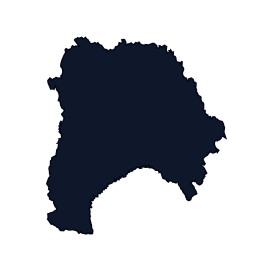 Ihosy, Ihorombe, Madagascar, rotated 350°
{"feature_id": "10022922B7074189327891", "entity_name": "Ihosy", "entity_type": "district", "adm_level": 2, "iso_a3": "MDG", "parent_name": "Madagascar", "parent_adm1": "Ihorombe", "projection": "natural_earth1", "projection_center": [45.83, -22.367], "detail": "fine", "context": "isolated", "style": "filled", "palette": "ink", "viewbox_px": 256, "rotation_deg": 350, "n_neighbors": 0, "source": "geoboundaries", "source_scale": "gbopen_adm2", "svg_char_len": 5792}
<svg xmlns="http://www.w3.org/2000/svg" viewBox="0 0 256 256"><g transform="rotate(350 128 128)"><path d="M162.7,49.9L159.9,48.9L158.3,49.4L156.8,48.9L154.6,47.5L154.1,45.9L153.7,45.4L152.1,46.2L150.5,45.2L148.8,46.5L147.2,46.8L145.9,44.8L144.3,45.4L142.4,45.3L141.6,45.9L140.3,46.0L140.7,43.6L139.9,40.4L137.9,40.0L137.2,40.1L137.6,42.4L136.7,43.4L136.1,43.5L134.2,42.5L132.7,45.6L129.8,46.0L128.6,48.1L125.8,48.8L124.3,47.7L121.4,49.2L120.9,47.4L118.2,46.2L116.2,42.1L114.1,41.0L113.4,39.1L112.7,38.9L112.0,40.3L110.2,38.2L108.3,38.8L106.0,38.5L105.2,37.9L105.1,36.9L104.3,35.8L103.9,34.3L102.5,33.0L101.9,31.5L99.1,32.7L98.6,32.4L98.6,31.2L98.1,30.7L95.5,31.3L94.0,30.4L93.3,31.0L91.2,31.4L90.7,32.2L94.1,39.0L90.5,38.3L89.4,38.9L87.8,37.5L86.5,38.5L86.6,39.3L85.1,40.4L83.9,40.3L82.1,41.0L81.5,39.6L80.7,39.2L79.7,40.1L79.9,41.7L79.5,43.3L77.7,45.3L74.8,49.8L73.0,53.5L72.6,55.8L73.8,58.2L73.6,62.2L73.1,62.5L72.4,64.3L71.0,65.0L70.9,65.9L71.4,66.9L70.6,67.5L68.8,66.8L67.2,66.9L66.6,66.0L65.7,65.8L64.4,66.6L63.4,66.6L62.5,67.3L61.5,67.2L59.9,65.3L57.4,67.3L57.2,69.4L58.7,76.2L60.8,76.3L61.8,77.0L62.6,75.3L63.9,74.0L64.5,78.1L65.7,80.3L66.1,80.5L65.8,80.8L66.1,83.9L65.7,85.7L64.2,88.9L65.8,89.7L65.8,94.4L66.7,97.2L67.5,97.6L67.9,98.5L68.5,98.4L68.4,100.1L66.2,102.1L65.4,102.4L65.1,103.3L66.7,106.2L66.6,108.1L65.6,109.4L65.4,110.9L64.0,110.8L63.1,109.9L61.7,111.5L61.6,112.6L62.3,113.0L62.3,114.0L60.6,114.0L60.7,116.1L60.0,117.0L60.7,117.1L60.3,118.6L60.6,119.8L59.7,119.9L61.6,123.1L61.2,123.5L61.3,125.8L59.5,127.1L58.3,126.7L58.2,127.9L57.1,129.2L57.2,129.9L56.1,130.6L56.7,130.7L56.8,132.5L56.3,133.5L56.8,134.6L55.8,135.0L55.2,136.4L54.2,137.1L52.4,142.6L48.0,144.0L47.3,146.2L46.0,147.0L45.1,151.9L43.8,152.7L43.1,154.8L43.3,156.0L42.9,159.6L43.2,160.8L42.8,162.3L41.2,163.7L38.5,168.4L38.5,169.4L39.1,170.2L39.9,173.1L39.2,174.7L40.2,175.4L40.4,176.5L39.7,178.0L37.8,179.1L37.5,180.2L38.7,182.4L38.5,184.3L40.1,185.7L41.9,186.3L41.9,189.1L42.7,192.8L43.7,194.0L43.7,195.3L43.0,196.7L41.2,197.0L40.2,197.8L34.2,198.7L33.8,202.9L33.0,203.7L35.7,209.4L37.0,209.3L38.6,211.1L39.6,211.3L40.7,213.1L42.4,214.3L43.6,217.1L46.8,217.9L48.3,216.7L49.6,216.7L52.2,218.2L56.2,218.5L59.9,220.3L61.4,223.1L64.1,221.9L64.1,223.1L66.8,224.4L67.7,224.4L68.3,225.0L69.1,225.0L70.2,224.2L71.7,225.4L73.0,225.6L72.1,224.6L73.5,224.3L74.0,224.6L74.2,225.6L74.7,225.6L75.5,222.8L74.7,220.2L75.1,216.8L74.6,215.8L74.9,214.9L74.6,213.4L74.7,209.4L75.5,208.6L75.3,205.8L75.9,204.4L76.0,201.5L75.7,200.6L76.5,199.6L77.8,200.1L78.4,199.8L77.5,197.4L78.7,196.3L78.1,196.0L77.9,195.2L78.6,195.7L79.0,195.4L78.6,193.9L79.3,192.1L80.4,193.3L81.0,193.2L81.3,192.2L82.9,191.3L82.8,188.9L83.4,189.8L86.3,190.4L86.6,188.4L87.1,187.6L87.9,187.2L89.2,187.8L90.1,186.5L91.5,186.5L91.5,185.2L92.2,184.2L93.6,184.6L94.6,183.4L96.0,183.6L96.3,182.1L97.9,182.0L98.6,179.5L100.1,179.9L102.8,179.2L104.8,177.5L105.8,178.5L106.1,178.1L105.7,177.3L105.9,176.5L107.1,178.1L107.5,177.8L107.2,176.8L107.5,176.4L110.2,177.3L110.5,175.9L111.9,176.0L111.8,174.7L113.3,175.2L114.1,173.8L114.9,174.4L115.0,175.5L117.2,175.4L118.0,173.5L119.3,172.9L120.3,171.7L121.1,171.7L121.3,171.0L121.9,171.5L122.5,170.2L123.8,171.1L125.0,170.9L124.7,169.6L125.6,170.0L127.9,169.7L128.6,168.5L129.6,168.8L130.4,168.0L131.1,168.6L132.2,168.6L132.5,169.7L133.5,169.9L134.2,168.7L134.7,169.5L135.4,168.2L136.0,168.0L136.9,169.2L138.0,169.3L138.7,167.9L139.5,168.7L138.8,169.7L141.3,170.0L142.1,168.7L142.2,170.8L143.1,170.6L144.0,171.2L144.9,170.5L145.4,171.8L146.6,172.6L147.8,174.3L150.4,174.9L150.8,176.3L151.4,176.6L151.1,177.2L152.8,177.1L153.6,183.2L154.4,184.1L156.3,184.8L156.8,186.1L157.3,186.1L157.4,187.2L158.5,188.1L159.4,187.1L161.7,187.6L162.9,189.2L163.8,189.1L165.7,190.4L166.7,189.5L167.9,189.8L168.1,192.7L169.2,195.0L169.6,197.2L170.8,198.6L171.0,200.3L173.2,204.6L173.5,205.5L173.1,205.2L172.9,205.6L173.8,207.8L173.6,208.5L175.1,210.0L177.2,209.5L178.2,207.4L179.9,206.1L181.1,205.4L183.9,204.9L184.3,204.3L184.0,204.0L184.0,202.4L182.8,199.4L182.5,196.9L181.6,195.8L180.3,192.9L182.8,191.4L184.5,192.3L185.3,191.6L186.5,194.7L188.1,196.1L188.8,196.4L191.2,195.3L191.5,194.2L192.3,193.6L192.4,191.1L193.7,190.8L194.3,189.4L195.2,189.1L194.8,187.5L197.6,186.1L196.0,180.8L193.9,177.5L194.8,175.8L196.5,177.7L197.7,176.6L196.3,172.4L196.6,171.3L198.7,169.4L201.1,168.7L203.9,166.1L205.4,165.9L207.1,167.3L209.4,167.1L210.6,166.4L210.7,165.5L211.4,166.1L211.7,167.5L213.5,165.8L211.2,163.3L210.3,160.9L210.2,159.1L210.7,156.6L212.1,155.5L214.0,156.1L214.4,155.6L216.1,155.4L217.7,154.4L218.2,153.1L219.9,152.4L222.5,154.8L221.6,148.6L223.0,144.5L223.0,143.7L222.5,143.1L222.7,141.2L221.9,138.1L218.5,136.5L217.7,135.0L216.0,134.2L215.8,132.9L215.0,132.0L213.2,131.9L213.1,132.7L212.1,133.7L211.4,133.3L211.4,132.1L210.9,131.0L210.1,131.3L210.2,131.7L209.2,131.2L208.8,131.5L208.8,129.2L207.3,128.0L206.4,126.4L207.0,124.5L206.6,123.8L205.5,123.8L204.8,122.9L205.8,121.7L206.6,117.6L206.4,116.4L204.7,115.1L205.1,114.5L204.6,112.8L205.1,110.9L204.9,109.8L202.9,108.2L202.1,105.0L201.1,104.5L202.0,102.8L201.6,99.7L201.9,99.1L201.1,99.2L200.7,98.4L201.8,98.3L202.7,96.6L202.6,95.2L202.2,94.8L200.6,94.8L200.9,93.3L200.3,92.4L200.6,91.5L199.1,89.9L196.5,90.2L195.8,92.3L195.3,92.6L194.8,92.1L194.0,89.1L192.0,88.1L191.9,87.1L190.9,85.6L191.1,83.0L192.9,80.0L192.9,78.5L191.7,76.4L192.8,72.4L192.5,72.0L192.0,72.2L191.6,74.1L190.9,74.5L190.8,73.1L190.1,72.4L187.6,71.6L187.1,71.0L187.1,66.4L186.4,65.5L185.3,65.2L184.9,64.5L185.7,62.0L185.6,61.0L184.6,61.5L183.5,58.6L182.9,59.4L182.0,59.2L182.5,60.5L179.8,60.9L179.0,58.1L180.1,54.6L178.3,52.9L175.7,53.9L174.6,53.8L174.0,52.8L173.1,52.5L172.9,54.2L171.9,54.8L170.4,53.8L170.4,51.7L168.4,49.4L166.8,49.0L162.7,49.9Z" fill="#0f172a" stroke="#020617" stroke-width="1.5"/></g></svg>